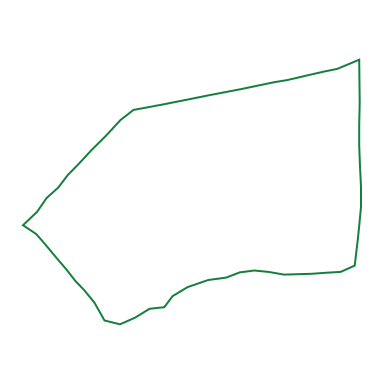 São João de Meriti, Rio de Janeiro, Brazil (orthographic projection)
{"feature_id": "56859067B99061822733599", "entity_name": "São João de Meriti", "entity_type": "district", "adm_level": 2, "iso_a3": "BRA", "parent_name": "Brazil", "parent_adm1": "Rio de Janeiro", "projection": "orthographic", "projection_center": [-43.368, -22.785], "detail": "fine", "context": "isolated", "style": "outline", "palette": "green", "viewbox_px": 384, "rotation_deg": 0, "n_neighbors": 0, "source": "geoboundaries", "source_scale": "gbopen_adm2", "svg_char_len": 774}
<svg xmlns="http://www.w3.org/2000/svg" viewBox="0 0 384 384"><path d="M78.9,163.7L67.9,174.9L58.4,187.4L46.6,198.0L37.1,211.8L23.0,225.2L36.3,234.1L44.8,243.9L55.9,257.2L66.6,269.7L75.2,280.8L83.9,289.8L94.4,302.6L104.5,320.5L120.0,324.3L134.8,317.8L149.5,308.8L164.3,307.2L172.6,296.1L187.6,287.1L208.2,280.0L226.2,277.6L239.7,272.4L254.2,270.5L268.5,271.9L284.0,274.6L311.6,273.8L326.9,272.7L340.6,271.9L354.7,265.6L357.7,240.4L359.2,226.0L361.0,207.0L361.0,186.8L360.0,166.5L359.2,145.5L359.2,125.4L359.7,102.3L359.2,59.7L337.2,68.9L323.9,71.6L305.9,75.7L287.1,80.1L274.3,82.2L258.3,85.5L241.5,89.0L223.4,92.5L208.7,95.3L184.4,100.2L165.1,104.0L148.3,107.2L133.5,109.9L120.5,120.0L105.9,135.8L91.2,150.4L78.9,163.7Z" fill="none" stroke="#15803d" stroke-width="2"/></svg>